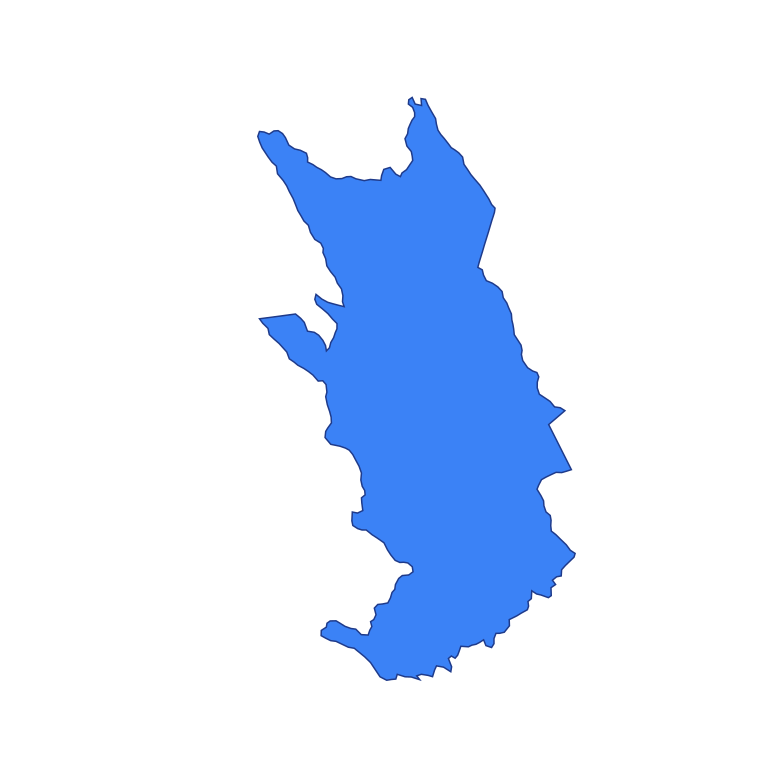 Maiquinique, Bahia, Brazil (Equal Earth projection), rotated 327°
{"feature_id": "56859067B35970304488372", "entity_name": "Maiquinique", "entity_type": "district", "adm_level": 2, "iso_a3": "BRA", "parent_name": "Brazil", "parent_adm1": "Bahia", "projection": "equal_earth", "projection_center": [-40.278, -15.65], "detail": "fine", "context": "isolated", "style": "filled", "palette": "blue", "viewbox_px": 768, "rotation_deg": 327, "n_neighbors": 0, "source": "geoboundaries", "source_scale": "gbopen_adm2", "svg_char_len": 4311}
<svg xmlns="http://www.w3.org/2000/svg" viewBox="0 0 768 768"><g transform="rotate(327 384 384)"><path d="M570.5,164.8L567.2,170.9L562.6,166.2L563.7,159.0L559.6,159.1L556.9,162.5L558.7,167.6L557.5,173.1L555.3,176.5L551.2,178.0L547.2,180.5L543.5,183.0L540.1,187.0L535.2,189.7L532.8,196.9L533.5,203.9L531.7,208.4L529.8,212.2L525.5,214.0L519.7,216.5L514.0,216.8L510.7,219.0L508.2,214.5L507.1,205.7L500.7,203.9L495.5,207.9L492.3,211.5L488.9,208.9L483.9,205.0L478.2,202.7L472.2,196.6L469.3,192.0L465.5,189.8L460.6,188.8L455.5,185.8L451.9,181.2L450.1,174.9L448.2,170.2L445.6,165.6L443.9,161.3L440.8,156.2L443.2,152.7L444.6,148.2L441.1,142.4L437.0,138.1L434.3,131.8L435.5,123.7L435.3,118.7L433.2,113.9L429.5,111.8L423.8,111.9L420.7,107.4L417.1,104.4L413.0,107.6L411.5,113.4L410.4,119.7L410.5,130.8L410.9,137.1L412.4,142.6L409.2,149.7L410.3,158.5L410.3,164.9L409.4,171.1L408.8,178.9L407.4,186.0L406.2,191.6L406.0,197.6L405.6,203.7L407.0,209.7L404.9,216.8L404.7,225.1L407.7,231.4L407.0,237.2L404.4,240.5L403.3,247.2L400.4,253.8L400.4,260.7L401.2,267.8L399.8,274.0L400.1,281.1L397.6,287.6L394.0,292.4L392.7,297.4L389.2,293.7L384.6,288.6L381.3,284.8L378.1,278.9L375.8,271.8L372.1,275.3L371.0,280.5L373.0,286.6L375.3,294.5L376.2,301.5L377.5,307.7L374.6,312.1L371.1,314.4L367.0,317.7L362.0,320.2L358.0,323.9L353.7,324.9L355.9,319.9L356.5,314.1L355.8,307.5L353.7,302.7L348.6,298.0L350.7,288.9L349.9,283.6L347.9,277.1L315.1,261.5L315.4,267.0L317.0,274.2L314.7,280.1L316.2,286.3L318.1,292.9L319.9,304.3L318.3,311.3L320.5,316.6L322.0,321.4L325.2,327.2L327.4,332.3L329.3,337.8L330.4,345.7L334.4,347.9L335.1,352.9L331.7,359.7L328.2,362.9L325.2,370.5L323.4,377.6L321.6,383.0L318.7,388.0L312.8,390.3L309.3,392.0L305.4,396.8L306.5,405.6L313.2,412.2L316.8,416.8L318.8,420.5L319.4,426.1L318.8,432.9L318.3,439.4L316.6,446.4L312.3,451.9L310.0,458.0L309.8,462.8L307.8,466.7L303.1,467.2L300.6,471.7L297.3,478.6L291.5,477.8L287.7,474.1L282.5,481.3L280.8,485.7L283.2,491.0L286.0,494.4L289.6,496.8L291.9,503.9L294.5,509.7L297.5,517.2L296.6,524.9L296.6,531.1L297.3,538.0L300.1,542.3L303.4,544.2L306.5,547.0L308.2,552.6L306.1,557.3L300.7,557.6L295.0,554.6L290.4,555.1L284.4,558.4L281.2,562.1L277.2,563.2L272.9,566.9L268.0,569.7L262.8,567.6L258.7,565.5L253.8,566.7L251.6,573.2L247.1,576.0L243.3,576.0L241.7,580.8L237.9,582.8L234.0,585.9L228.4,581.8L226.8,574.2L223.1,571.0L219.3,566.0L216.7,560.4L214.8,556.5L209.8,553.4L205.9,553.6L203.2,556.5L197.2,556.5L194.2,560.8L196.7,565.5L199.5,570.2L203.6,573.7L210.7,585.3L215.1,589.4L219.2,602.2L221.0,610.3L221.2,627.4L224.9,633.9L229.2,635.8L233.2,637.9L237.0,634.7L242.2,641.0L247.3,644.6L252.9,651.4L252.5,646.6L257.2,647.8L262.3,652.4L265.3,655.9L270.7,651.4L274.5,649.0L279.7,653.9L283.3,661.7L286.7,658.0L288.5,649.3L292.3,648.8L294.3,652.7L298.0,651.6L301.4,649.1L305.6,645.8L311.7,650.4L315.5,650.9L319.4,652.4L323.4,652.8L328.2,652.8L327.0,658.9L330.7,663.6L334.8,661.7L337.6,657.4L342.1,654.1L345.3,656.1L349.7,657.7L357.5,655.1L360.7,649.8L369.2,650.8L374.0,650.9L381.3,651.4L384.3,649.0L386.3,644.8L390.6,644.3L395.3,637.9L397.6,643.2L400.7,646.4L405.5,652.7L409.0,652.6L413.1,645.8L418.7,645.6L418.4,640.3L423.8,639.7L428.1,641.5L431.8,636.5L437.3,635.0L449.1,632.7L452.0,630.2L449.7,624.9L449.3,618.1L447.5,610.5L446.1,604.0L444.2,598.5L446.7,593.6L449.9,589.3L451.8,584.8L450.2,579.5L451.8,573.2L454.2,568.9L454.8,563.4L455.0,555.6L458.6,553.1L464.0,550.0L469.0,550.3L474.6,551.0L480.2,551.8L484.8,555.1L489.8,556.6L494.5,557.9L500.0,507.7L521.2,504.9L518.9,499.9L514.6,496.1L513.8,489.1L511.5,483.6L508.7,477.2L510.4,470.7L513.6,465.9L517.7,462.3L518.5,457.7L515.7,454.0L513.3,448.5L513.1,439.9L515.3,434.1L518.1,431.0L520.1,426.0L520.1,419.9L520.1,413.6L522.8,408.3L524.5,404.4L526.1,399.9L529.0,394.6L530.1,387.7L531.1,383.0L531.0,376.6L533.4,370.8L532.4,364.7L529.8,358.5L526.1,353.1L526.8,346.8L528.6,341.8L526.2,337.3L530.1,333.8L534.0,330.5L538.8,326.5L544.0,322.0L549.2,317.7L554.5,313.3L559.4,309.1L563.5,305.6L567.1,302.7L570.1,300.2L572.9,297.0L572.0,292.1L572.7,285.9L572.8,276.5L572.7,269.4L571.6,261.5L570.9,255.6L570.9,249.6L570.7,243.3L573.5,236.5L572.6,230.9L570.9,226.3L569.1,222.4L568.8,217.5L568.2,210.7L567.5,205.7L567.5,200.5L569.5,194.6L571.8,189.5L572.2,181.5L572.7,174.1L573.8,167.8L570.5,164.8Z" fill="#3b82f6" stroke="#1e3a8a" stroke-width="1.5"/></g></svg>